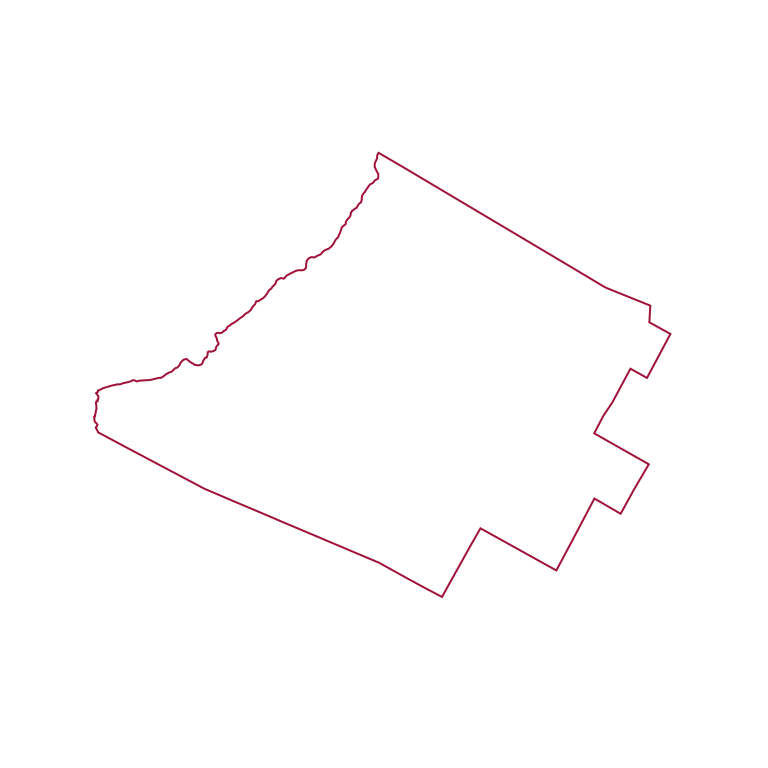 the district of Merlo, Buenos Aires, Argentina, rotated 345°
{"feature_id": "61730980B89820972090318", "entity_name": "Merlo", "entity_type": "district", "adm_level": 2, "iso_a3": "ARG", "parent_name": "Argentina", "parent_adm1": "Buenos Aires", "projection": "natural_earth1", "projection_center": [-58.788, -34.707], "detail": "fine", "context": "isolated", "style": "outline", "palette": "rose", "viewbox_px": 768, "rotation_deg": 345, "n_neighbors": 0, "source": "geoboundaries", "source_scale": "gbopen_adm2", "svg_char_len": 5629}
<svg xmlns="http://www.w3.org/2000/svg" viewBox="0 0 768 768"><g transform="rotate(345 384 384)"><path d="M661.5,377.2L623.6,348.7L620.6,345.8L619.5,344.7L594.7,319.1L459.1,180.0L438.6,159.3L437.8,159.9L437.1,160.7L436.3,162.2L436.0,163.4L435.7,164.3L434.3,165.9L433.6,166.8L432.7,167.8L432.0,168.9L431.6,170.4L431.5,171.1L431.2,171.9L431.7,174.8L431.9,175.9L432.5,178.5L432.8,179.8L432.4,181.3L432.0,182.7L431.5,184.0L430.9,184.2L428.2,184.9L426.9,185.6L425.7,186.7L425.1,187.0L422.7,187.4L420.7,188.6L419.3,189.9L417.3,191.5L415.4,193.4L412.9,195.1L412.3,195.6L411.9,196.1L411.3,197.0L410.7,198.4L410.3,200.0L409.7,201.2L408.9,202.5L408.0,202.9L406.8,203.3L406.4,203.6L405.5,204.3L404.3,205.4L403.9,205.9L403.2,206.7L401.7,207.0L399.9,207.8L398.2,208.4L396.8,209.7L396.2,210.0L395.9,211.2L395.1,212.8L393.4,214.3L392.0,215.2L391.2,215.5L390.6,216.0L390.1,216.5L389.5,217.2L389.1,217.6L388.8,218.4L388.6,219.1L388.1,219.8L386.9,220.3L386.3,220.5L385.2,221.0L384.6,221.3L384.1,221.7L383.3,222.6L382.9,223.2L382.5,223.9L382.1,224.4L381.7,225.0L381.3,225.7L380.9,226.3L380.5,226.8L379.8,227.5L379.3,228.2L378.6,229.1L378.0,229.9L377.5,230.5L376.7,230.8L376.1,231.2L375.2,231.9L374.6,232.2L374.2,232.6L373.5,233.2L373.1,233.7L372.7,234.2L372.2,234.8L371.6,235.3L371.1,235.9L370.5,236.3L369.9,236.7L369.2,237.3L368.4,237.7L367.9,237.9L367.1,238.2L366.5,238.6L365.9,238.9L365.2,239.1L364.5,239.1L363.8,239.1L363.3,239.2L362.2,239.5L361.6,239.5L360.6,239.7L359.9,240.1L359.1,240.5L358.6,240.8L358.1,241.1L357.6,241.4L357.0,242.0L356.5,242.3L355.5,242.6L354.8,242.7L354.1,242.7L353.5,242.8L352.7,242.9L351.7,243.2L351.2,243.3L350.6,243.4L349.8,243.8L349.2,243.7L348.7,243.5L348.1,243.2L347.0,242.7L346.3,242.7L345.3,242.8L344.7,242.9L344.1,243.1L343.5,243.3L342.8,243.7L342.1,244.3L341.3,245.1L340.9,245.7L340.2,247.4L339.8,248.4L339.5,249.1L339.3,249.9L339.1,250.9L338.5,251.7L337.8,252.2L337.2,252.6L336.4,253.0L335.5,253.1L334.9,252.9L333.9,252.9L333.2,252.7L332.5,252.4L332.0,252.3L331.3,252.0L330.8,252.0L330.0,252.0L329.4,251.9L328.7,251.9L328.1,251.9L327.3,252.0L326.6,252.2L326.0,252.3L325.2,252.5L324.0,252.7L322.4,253.0L320.7,253.4L320.2,253.7L319.6,253.7L318.7,253.8L317.9,254.2L317.1,254.7L316.1,255.2L315.7,255.6L315.2,256.1L314.5,256.3L313.7,255.9L312.9,255.5L312.3,255.2L311.5,255.0L310.7,255.1L310.0,255.3L308.9,255.5L308.2,255.7L307.5,256.1L306.8,256.5L306.3,257.3L305.7,258.0L305.2,258.9L304.4,259.5L303.8,259.9L303.1,260.1L302.4,260.7L301.8,261.0L301.3,261.4L300.8,261.8L299.7,262.7L299.1,262.9L298.4,263.2L297.3,263.7L296.7,264.2L296.0,264.8L294.9,265.8L294.5,266.3L293.6,267.1L293.2,267.4L292.7,267.8L292.2,268.2L291.5,268.7L291.0,269.0L290.2,269.4L289.6,269.6L289.0,269.9L288.3,270.1L287.6,270.4L287.1,270.5L286.2,270.6L285.5,271.0L284.8,271.3L284.2,271.4L283.5,271.4L282.8,271.1L282.1,271.0L281.6,271.4L281.1,272.2L280.5,273.1L279.9,273.7L279.3,274.1L278.7,274.3L278.1,274.7L277.7,275.2L277.0,275.6L276.5,275.8L275.9,276.4L275.5,277.0L274.7,277.8L273.4,278.6L272.5,279.0L271.9,279.3L271.1,279.6L270.5,279.8L269.9,279.9L269.1,280.0L268.3,280.4L267.5,280.8L265.5,281.9L264.9,282.2L263.8,282.6L263.2,282.7L261.5,283.4L260.6,283.8L259.8,284.1L259.3,284.3L258.3,284.7L257.7,285.0L256.0,285.6L255.5,285.8L254.3,286.0L253.7,286.2L252.7,286.5L252.0,286.7L251.2,287.1L250.1,287.6L249.6,287.8L248.1,288.1L247.6,288.4L246.9,289.1L246.2,289.9L245.4,290.7L243.7,291.2L242.6,291.5L241.5,292.1L240.9,292.3L239.8,292.6L238.6,292.5L237.9,292.0L237.1,291.6L235.5,291.5L234.8,291.8L233.7,292.6L233.7,294.4L234.0,295.1L234.3,296.6L234.1,298.4L234.2,299.8L234.4,300.6L234.7,301.5L234.7,302.3L234.4,302.8L233.9,303.3L232.6,303.7L231.9,304.4L230.9,305.9L230.2,307.2L229.7,307.6L229.0,307.7L228.4,307.9L227.4,308.1L226.5,308.1L224.8,307.9L223.3,307.2L222.7,307.3L221.9,307.8L221.6,308.8L221.2,309.9L220.9,310.5L220.4,311.2L219.6,312.5L218.3,312.4L217.7,312.5L216.8,313.6L215.5,314.6L215.0,315.5L214.3,316.6L213.5,317.3L212.1,318.0L209.7,318.0L206.1,316.5L205.0,315.0L204.0,314.3L201.5,311.2L199.6,308.6L198.7,308.6L196.3,308.8L193.6,310.3L192.3,311.7L191.5,312.6L189.9,313.9L188.5,314.6L186.1,314.8L183.1,316.6L181.2,317.3L179.3,317.3L176.2,318.1L174.2,319.0L170.7,320.3L167.9,319.8L164.0,319.7L161.5,319.7L157.7,319.4L157.0,319.2L151.5,318.0L149.4,317.6L148.1,317.5L145.6,317.4L144.2,316.1L142.7,315.3L139.8,315.9L136.7,315.9L131.7,315.7L129.5,316.0L127.5,315.7L125.6,315.2L124.1,315.3L121.7,315.1L119.5,315.1L116.1,315.2L113.1,315.3L111.7,315.3L110.9,315.5L110.3,315.7L109.4,315.9L108.8,315.9L108.2,316.1L107.5,316.4L106.2,316.2L105.7,317.2L105.2,317.8L104.6,317.9L104.0,318.0L103.5,318.5L103.8,318.9L104.3,319.7L104.3,320.5L104.7,321.3L104.9,322.3L104.7,322.9L104.4,323.6L104.1,324.5L103.5,324.9L103.0,325.3L103.2,325.9L102.9,326.6L102.4,326.4L101.8,326.4L101.2,326.9L100.9,327.7L100.6,328.5L100.6,329.5L100.6,330.3L100.4,330.9L100.3,331.6L100.0,332.5L100.0,333.2L99.8,333.9L99.3,334.4L98.9,335.1L98.6,335.7L98.4,336.5L98.0,337.2L97.6,338.0L97.1,338.6L96.8,339.2L96.8,339.9L96.4,340.4L95.7,340.5L95.3,340.9L95.6,341.5L95.4,342.1L95.1,343.0L94.9,343.7L94.9,344.5L95.1,345.7L95.4,346.4L96.7,349.0L96.4,349.6L95.9,350.3L95.4,350.8L94.9,351.2L94.4,351.3L94.4,352.0L94.7,353.0L94.9,353.8L95.0,354.5L95.2,355.2L95.3,355.9L95.3,356.7L117.1,377.1L183.3,438.6L210.3,459.8L235.0,479.0L248.7,489.8L310.1,537.6L333.1,555.5L356.6,578.2L372.0,592.8L384.9,604.7L409.9,578.9L424.6,563.7L439.8,548.4L459.5,567.4L502.2,608.7L524.0,585.4L557.6,549.1L579.0,570.6L598.1,550.7L619.0,530.1L574.3,486.1L587.2,472.0L589.3,470.0L599.5,461.2L626.0,433.0L639.6,446.2L673.6,409.8L656.3,393.1L661.5,377.2Z" fill="none" stroke="#9f1239" stroke-width="2"/></g></svg>